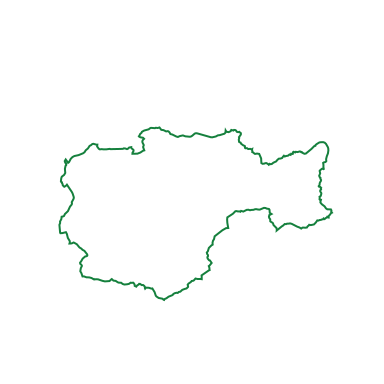 the district of Junin, Manabi, Ecuador, rotated 326°
{"feature_id": "8360857B31956195822204", "entity_name": "Junin", "entity_type": "district", "adm_level": 2, "iso_a3": "ECU", "parent_name": "Ecuador", "parent_adm1": "Manabi", "projection": "albers", "projection_center": [-80.172, -0.94], "detail": "fine", "context": "isolated", "style": "outline", "palette": "green", "viewbox_px": 384, "rotation_deg": 326, "n_neighbors": 0, "source": "geoboundaries", "source_scale": "gbopen_adm2", "svg_char_len": 6033}
<svg xmlns="http://www.w3.org/2000/svg" viewBox="0 0 384 384"><g transform="rotate(326 192 192)"><path d="M130.1,97.7L127.2,98.0L125.2,98.9L123.4,99.0L118.6,98.0L114.6,96.4L112.4,96.2L110.0,96.7L106.9,98.4L105.8,98.6L105.2,98.1L105.6,97.4L105.5,94.4L103.8,95.2L103.5,95.9L103.1,99.0L102.7,99.4L101.8,99.6L99.6,101.7L97.6,105.3L95.6,106.3L92.6,106.5L91.3,107.5L89.3,109.8L89.2,110.7L89.6,111.3L89.2,111.8L89.1,113.2L88.6,114.2L89.0,116.2L89.1,116.3L91.4,116.3L92.4,116.0L92.4,124.6L92.2,126.4L91.3,129.6L90.8,130.7L89.9,131.5L86.6,133.2L86.2,134.2L85.3,135.1L82.7,135.9L78.4,138.5L74.3,139.2L72.5,140.3L71.6,140.2L70.1,139.6L68.5,141.4L66.1,142.7L65.3,144.0L63.7,145.1L59.9,152.0L59.9,152.6L61.6,153.6L65.0,154.8L64.8,156.8L63.4,160.6L63.2,164.3L62.5,165.5L61.6,166.2L63.0,167.1L64.2,167.5L65.5,167.6L65.9,168.1L67.3,170.9L67.7,175.1L68.6,177.0L68.9,178.7L69.9,180.6L70.2,185.0L69.9,185.9L69.4,186.3L68.5,186.2L67.4,185.7L64.1,186.1L61.3,187.5L59.7,188.0L59.2,189.0L59.6,190.5L59.4,191.7L57.2,193.0L55.1,195.2L54.9,197.6L54.1,200.4L54.0,200.8L55.2,201.5L56.8,203.7L59.0,205.3L60.6,207.1L61.7,209.4L62.1,209.4L62.3,210.0L63.6,210.6L65.3,211.9L68.1,215.6L69.8,217.4L73.8,219.7L76.3,219.3L76.8,219.3L77.3,221.5L79.0,223.0L80.0,225.4L80.6,226.2L82.5,227.6L83.1,229.5L84.2,230.9L86.6,232.2L88.3,232.9L90.5,232.9L91.3,233.7L92.5,234.2L92.7,234.8L92.7,236.6L92.0,237.8L92.9,239.3L94.2,238.8L96.4,238.9L96.8,238.6L97.5,239.1L98.3,241.1L99.4,241.7L99.9,243.1L99.9,244.3L99.2,245.3L99.1,245.9L99.8,245.7L100.7,245.8L102.7,247.3L104.4,249.5L105.2,249.8L105.0,254.1L104.0,257.7L104.1,258.7L105.1,261.2L107.8,263.9L108.2,265.5L108.5,265.9L109.2,265.4L111.4,265.8L114.1,265.7L117.8,266.5L118.6,266.5L119.6,266.1L121.3,266.3L122.9,266.9L123.7,267.7L125.2,267.5L126.6,268.1L129.2,267.7L131.8,268.3L133.5,268.9L135.6,268.5L136.1,267.9L136.5,266.5L137.8,266.0L140.6,266.0L142.0,265.6L143.2,266.2L144.2,266.3L146.5,265.7L148.0,267.3L150.2,268.7L151.3,269.7L152.9,267.3L153.3,266.5L162.4,266.4L162.9,266.6L164.1,264.4L164.5,262.8L165.3,262.8L168.6,261.8L168.6,258.8L168.0,258.1L167.8,255.9L168.3,254.6L169.3,254.2L169.7,253.7L170.0,252.9L169.9,251.9L170.4,250.5L172.0,250.0L174.7,247.8L178.4,247.1L179.7,247.2L180.6,245.6L182.1,244.2L183.9,243.4L186.0,241.4L195.8,240.7L200.0,241.0L201.9,242.1L204.0,237.4L205.7,234.5L207.1,232.8L213.7,232.9L217.2,232.2L218.2,232.7L219.2,233.8L220.6,234.7L221.0,235.4L222.1,235.1L223.6,236.9L227.4,237.4L228.9,238.3L229.9,239.6L230.9,239.9L233.1,241.2L234.2,241.4L235.5,242.0L237.0,243.5L238.3,244.5L242.8,245.4L244.0,246.4L244.7,247.6L246.3,249.1L246.3,250.1L244.8,252.8L245.6,254.7L243.1,254.4L242.8,254.8L241.9,255.6L241.5,257.0L241.6,258.3L240.5,260.1L240.8,261.0L241.6,262.6L241.6,263.4L241.1,265.0L241.9,269.1L241.2,270.7L240.7,271.3L247.4,270.7L248.4,270.8L251.0,270.4L251.9,271.2L253.1,271.4L254.8,272.5L255.7,272.8L256.9,274.2L259.8,279.5L261.3,281.6L262.1,283.4L263.6,283.3L264.2,283.6L266.0,285.0L267.4,285.7L268.7,285.1L269.9,285.1L270.8,284.7L272.0,285.9L275.0,287.1L277.7,286.5L280.0,285.6L280.8,286.4L282.2,286.6L283.2,287.2L284.4,287.4L285.4,287.9L286.3,287.5L286.8,288.6L288.3,288.4L289.5,288.5L290.2,288.2L290.6,289.3L291.0,289.6L291.7,288.4L294.2,287.8L295.2,287.2L296.5,287.4L296.5,286.1L297.3,285.2L297.4,284.1L294.5,282.0L293.9,280.5L293.9,278.0L292.8,274.8L292.6,273.0L292.7,272.2L294.5,270.6L293.7,270.0L293.7,269.2L294.6,268.4L295.0,267.3L296.6,267.2L298.3,265.7L298.6,265.1L298.6,263.3L298.9,262.7L299.6,262.2L300.4,262.1L300.7,261.2L301.4,260.8L301.2,259.6L300.3,258.7L300.3,258.0L301.7,257.5L302.6,256.3L303.5,255.6L304.9,255.0L305.7,254.3L305.9,252.6L306.4,252.2L306.2,251.0L306.5,249.7L308.7,248.2L309.6,245.9L310.5,245.6L312.7,245.4L313.2,245.6L313.8,246.6L314.1,246.6L314.9,244.8L316.1,243.1L317.0,241.2L318.0,241.2L319.4,241.8L320.6,241.5L321.6,239.7L323.7,237.8L326.3,236.0L328.3,233.8L329.3,232.1L329.7,230.8L330.0,227.1L329.6,225.3L328.6,224.0L326.0,222.4L325.0,222.1L322.3,222.0L320.8,222.1L320.1,222.7L319.1,222.3L315.1,223.1L307.9,223.8L306.6,223.2L305.7,221.7L305.5,220.6L305.1,220.0L304.8,220.1L304.2,218.7L301.8,217.9L300.5,216.7L299.6,216.9L298.8,215.5L298.0,215.5L297.1,216.6L296.8,216.8L295.6,215.7L294.5,216.4L293.8,215.4L292.0,215.6L289.7,214.6L288.8,214.5L288.5,213.3L287.3,213.6L285.7,214.2L284.2,213.8L282.5,212.9L280.4,213.2L278.9,213.7L275.8,213.2L274.0,213.4L272.8,213.0L272.0,212.0L271.2,212.4L270.9,212.4L270.9,212.0L269.9,209.7L268.9,209.1L267.6,208.8L266.3,208.1L265.7,206.8L268.1,202.8L269.0,198.0L267.4,196.5L265.6,195.7L265.3,195.3L264.9,193.8L264.3,192.5L264.8,192.2L265.3,190.6L265.9,190.0L265.1,189.9L264.4,188.8L262.6,187.8L262.1,186.4L260.7,185.6L260.6,185.3L260.8,184.6L261.4,183.8L261.5,183.4L260.6,182.0L259.7,179.5L259.9,178.2L259.1,177.1L259.1,176.7L260.1,174.7L261.4,173.6L261.6,172.8L264.6,171.7L265.4,170.6L264.8,168.5L263.7,168.2L262.8,167.1L262.9,165.7L262.4,164.7L261.5,164.0L260.7,164.2L259.3,162.5L259.0,162.6L258.6,163.0L258.0,163.2L255.9,162.9L254.2,161.3L254.3,159.8L252.9,161.5L251.5,161.8L246.9,160.4L245.1,159.5L242.8,159.3L239.4,158.0L238.3,157.2L229.2,146.4L228.2,145.5L226.9,145.1L223.7,145.5L222.0,145.4L221.0,144.9L217.6,142.1L216.1,140.0L213.1,138.8L211.1,138.5L210.0,137.2L207.8,133.3L206.5,131.9L206.7,130.1L206.4,128.6L205.9,128.0L204.4,127.3L203.0,124.8L201.3,123.3L201.1,120.3L199.4,119.8L197.9,118.5L197.0,118.4L193.9,115.9L193.1,115.7L191.1,115.8L186.7,114.3L184.2,114.1L183.2,114.7L181.5,114.9L179.7,116.0L179.1,116.1L179.1,116.4L179.8,117.8L181.7,119.6L182.0,121.1L180.3,121.4L179.4,122.0L178.9,122.6L178.6,123.4L178.3,125.9L177.9,126.5L177.0,127.0L176.6,127.4L175.7,130.8L174.5,130.4L171.3,130.4L168.2,129.7L164.0,127.0L164.6,126.2L166.3,125.4L166.9,124.7L167.0,124.2L166.4,122.3L166.4,121.0L166.6,120.8L164.8,120.0L162.9,120.3L162.1,120.1L161.0,118.6L159.9,117.7L158.9,117.6L157.1,116.5L148.4,110.9L148.0,110.3L145.0,108.8L142.8,107.4L141.0,105.9L139.4,105.1L138.9,104.0L138.8,101.2L140.0,99.8L139.3,99.4L137.2,96.9L136.2,96.5L134.4,96.7L132.9,96.5L130.1,97.7Z" fill="none" stroke="#15803d" stroke-width="2"/></g></svg>